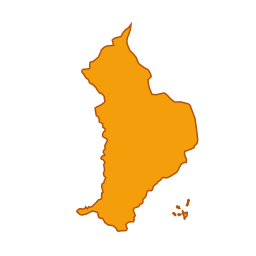 the district of Kunak, Sabah, Malaysia, rotated 78°
{"feature_id": "92858781B10132292463184", "entity_name": "Kunak", "entity_type": "district", "adm_level": 2, "iso_a3": "MYS", "parent_name": "Malaysia", "parent_adm1": "Sabah", "projection": "albers", "projection_center": [118.158, 4.693], "detail": "fine", "context": "isolated", "style": "filled", "palette": "amber", "viewbox_px": 256, "rotation_deg": 78, "n_neighbors": 0, "source": "geoboundaries", "source_scale": "gbopen_adm2", "svg_char_len": 4620}
<svg xmlns="http://www.w3.org/2000/svg" viewBox="0 0 256 256"><g transform="rotate(78 128 128)"><path d="M55.6,151.3L58.9,152.5L60.7,152.6L61.8,153.3L62.0,155.1L61.6,156.8L61.4,158.5L61.4,160.0L62.2,161.0L63.4,161.5L64.9,160.9L66.8,159.9L69.1,159.2L70.8,158.3L71.8,157.1L73.5,156.4L75.4,156.4L76.8,155.5L77.7,153.7L79.3,152.6L81.4,151.2L84.8,150.0L86.6,149.3L88.3,148.2L88.7,146.6L91.0,145.3L92.8,144.5L93.9,145.1L95.5,144.9L97.1,144.9L98.3,146.3L99.8,149.7L100.2,151.7L100.9,154.0L101.6,156.0L103.4,156.3L105.7,156.2L107.5,156.4L109.3,156.4L110.8,154.9L112.5,154.3L114.6,154.6L116.0,154.9L117.1,153.6L118.5,152.0L120.4,152.2L122.3,152.5L122.8,151.6L124.2,150.6L126.0,150.9L126.3,152.0L127.2,153.0L128.3,153.9L129.8,154.5L131.1,154.3L132.6,153.0L134.1,151.2L135.6,150.7L137.0,151.7L139.2,153.4L140.2,154.3L142.2,154.6L143.6,154.6L145.2,156.8L146.7,157.2L149.8,156.3L150.0,158.6L150.9,160.1L152.1,160.8L153.1,160.4L153.7,159.0L155.1,158.4L156.7,157.6L157.8,158.4L158.5,159.3L161.0,159.5L163.1,159.5L164.9,159.9L166.4,161.0L168.2,161.6L170.2,161.3L171.9,160.0L173.7,161.4L174.8,162.3L176.5,163.0L177.1,164.7L178.5,165.6L180.3,165.9L182.6,165.9L184.5,165.8L185.7,165.8L186.6,166.9L186.3,167.1L188.3,167.9L189.7,168.1L190.7,168.2L192.0,169.2L192.1,170.9L192.2,171.9L193.8,174.1L194.8,175.2L195.7,177.0L197.3,179.4L197.6,181.7L196.9,182.8L198.4,184.6L197.3,185.3L196.3,185.8L197.5,186.7L198.1,189.2L197.3,190.4L196.9,192.1L197.6,194.0L199.0,195.5L201.7,193.8L202.9,192.6L202.9,192.2L203.7,190.6L203.5,189.0L203.5,186.4L202.9,184.4L202.3,182.0L201.9,179.8L202.7,178.0L204.3,175.4L205.7,175.2L207.3,175.4L209.3,175.2L210.5,174.0L211.1,171.8L214.1,170.6L215.5,170.4L218.7,167.6L219.7,165.0L220.5,163.0L222.5,161.2L224.5,160.2L225.7,160.0L226.9,159.2L227.1,157.4L227.1,155.8L227.9,151.8L227.7,150.8L226.3,149.7L223.5,150.1L221.9,150.1L220.5,148.1L220.1,145.9L220.9,142.5L219.1,140.9L216.7,140.9L215.3,139.1L213.9,139.3L210.1,139.9L209.1,139.7L207.5,138.3L207.3,136.1L207.1,134.1L206.1,133.1L204.9,131.7L204.9,129.9L203.5,128.7L202.1,128.7L200.7,127.7L199.7,126.1L198.5,124.7L196.1,123.5L193.9,122.3L193.3,120.3L194.1,119.1L194.1,117.9L192.9,116.5L191.3,115.9L189.9,114.9L188.1,111.1L187.0,110.3L186.2,108.1L185.3,106.5L183.8,104.7L183.9,103.0L184.7,101.5L184.8,99.9L183.9,96.0L182.9,93.7L181.6,89.9L180.3,88.3L178.9,87.2L176.7,85.5L175.1,84.1L173.7,81.8L173.6,80.0L173.8,78.2L171.9,77.6L170.2,77.3L167.9,78.0L164.4,78.0L162.6,77.3L162.6,75.5L162.1,73.5L161.9,71.3L161.0,67.5L159.2,66.7L158.2,64.9L157.1,63.5L154.3,62.3L147.7,61.6L140.5,61.0L132.4,60.5L118.7,62.6L116.8,64.2L113.5,70.9L112.3,76.9L108.1,80.5L104.2,82.7L101.2,85.2L101.3,93.2L100.1,97.6L91.8,99.0L88.5,98.7L84.9,98.4L83.8,96.5L82.4,94.5L78.4,95.0L75.1,96.2L72.7,99.3L67.5,103.9L64.5,104.8L61.0,105.2L56.3,107.6L52.7,110.0L46.1,111.3L42.8,111.1L39.1,109.7L37.8,108.5L36.1,107.5L33.2,105.9L32.4,105.3L27.2,103.5L30.2,106.9L31.2,109.7L33.6,112.9L37.0,115.9L37.2,118.1L37.2,121.9L38.6,125.1L44.2,124.9L43.4,131.8L44.2,134.8L46.0,137.6L49.5,140.0L52.5,142.2L55.7,148.4L55.7,150.8L55.6,151.3ZM228.6,91.2L228.4,91.1L228.1,90.8L227.4,90.5L226.9,89.8L226.7,89.1L226.3,88.7L225.4,88.3L224.5,88.0L224.0,87.8L223.3,87.7L222.9,87.6L222.7,87.8L222.9,88.1L223.1,88.2L223.0,88.6L222.6,89.0L222.5,89.4L222.8,89.6L223.0,89.9L223.1,90.3L223.0,90.7L222.5,91.0L222.7,91.5L222.8,91.7L222.8,91.8L222.0,91.6L221.1,91.5L220.5,91.6L220.3,91.8L220.8,92.0L221.3,92.0L221.7,92.1L222.7,92.4L223.0,92.6L223.7,92.2L224.1,91.9L224.5,91.7L224.9,91.8L225.6,91.7L226.4,91.5L227.0,91.6L227.4,91.8L227.9,92.0L228.8,91.6L228.6,91.2ZM213.5,84.6L213.0,84.4L212.6,83.9L212.3,83.5L211.9,83.3L211.4,83.2L210.8,83.3L210.6,83.7L210.6,84.1L211.1,84.5L211.4,84.7L211.7,84.8L212.3,84.8L213.2,85.1L213.5,85.4L214.3,85.7L214.7,86.0L215.1,86.2L215.5,86.9L216.0,86.6L216.4,86.1L215.7,85.4L215.3,85.4L215.1,85.0L214.7,84.7L214.0,84.7L213.5,84.6ZM217.3,94.0L216.9,94.1L216.5,94.3L216.2,94.4L215.6,94.3L215.4,94.3L215.3,94.5L215.5,94.8L215.5,95.4L215.4,95.7L214.5,95.8L214.3,96.1L214.6,96.3L215.0,96.3L215.4,96.2L215.4,96.4L215.5,96.9L216.0,96.8L216.3,96.4L216.4,96.1L216.4,95.7L216.7,95.5L217.2,95.2L217.2,94.9L217.3,94.6L217.3,94.0ZM221.4,101.6L221.7,101.3L221.9,100.9L222.2,100.7L222.7,100.5L223.3,100.3L223.5,99.6L223.2,99.5L222.5,99.7L221.8,99.9L221.2,100.0L221.0,100.4L220.5,100.5L220.4,100.7L220.4,101.0L220.5,101.5L220.8,101.9L221.4,101.6ZM223.4,96.8L223.8,96.7L224.1,96.6L223.9,95.8L223.9,95.4L223.9,94.9L223.9,94.6L223.6,94.3L223.3,94.4L223.3,94.7L223.4,95.2L223.4,95.4L222.9,95.7L222.5,95.8L222.4,96.0L222.7,96.3L222.8,96.6L222.9,97.1L223.4,96.8Z" fill="#f59e0b" stroke="#b45309" stroke-width="1.5"/></g></svg>